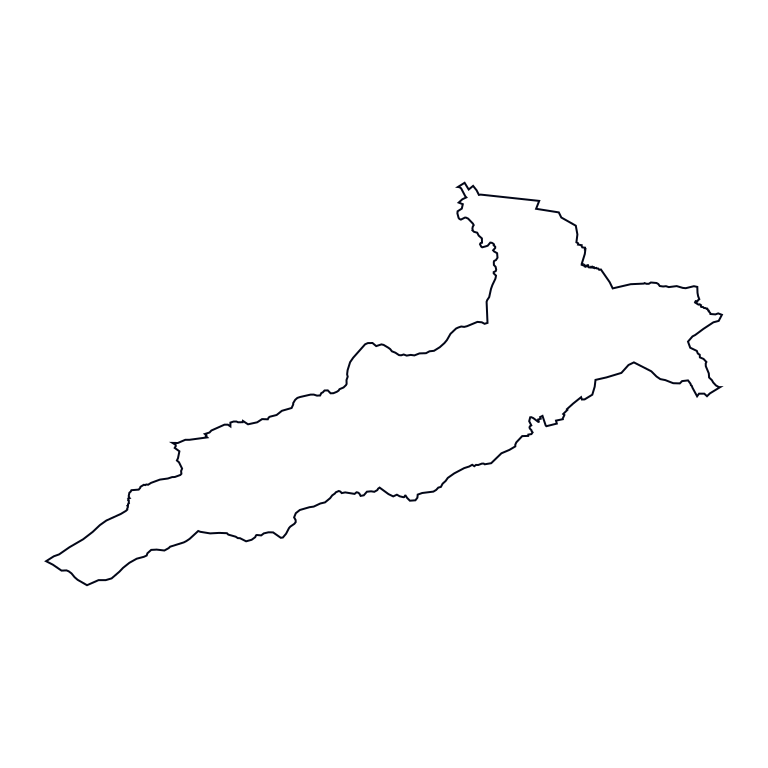 Rieni, Bihor, Romania (orthographic projection)
{"feature_id": "2599482B82314750202462", "entity_name": "Rieni", "entity_type": "district", "adm_level": 2, "iso_a3": "ROU", "parent_name": "Romania", "parent_adm1": "Bihor", "projection": "orthographic", "projection_center": [22.405, 46.554], "detail": "fine", "context": "isolated", "style": "outline", "palette": "ink", "viewbox_px": 768, "rotation_deg": 0, "n_neighbors": 0, "source": "geoboundaries", "source_scale": "gbopen_adm2", "svg_char_len": 6111}
<svg xmlns="http://www.w3.org/2000/svg" viewBox="0 0 768 768"><path d="M219.2,532.9L226.9,533.2L228.3,534.6L235.7,536.7L237.8,538.1L240.0,538.2L246.1,541.3L251.6,539.8L255.2,537.2L256.0,535.4L256.8,535.0L261.2,535.4L263.8,533.4L268.5,532.3L273.1,532.4L280.8,537.8L282.9,537.5L286.1,533.7L289.0,528.1L290.3,526.6L294.4,523.8L295.7,522.1L295.6,520.0L294.1,517.4L295.8,513.2L299.8,510.0L309.5,507.2L313.7,506.6L320.3,503.5L325.0,502.4L330.1,498.2L332.2,495.4L334.9,493.5L335.8,492.3L338.8,491.0L340.4,491.6L341.7,493.1L345.2,492.4L354.6,493.9L356.5,492.3L357.8,492.5L359.3,493.5L360.6,495.9L363.8,495.3L366.9,491.7L371.1,491.3L374.3,491.8L377.3,490.1L378.1,488.7L379.6,487.6L388.5,494.1L393.2,496.4L396.9,494.7L399.7,496.3L403.4,497.2L404.1,497.1L405.1,495.6L405.6,495.6L407.1,497.9L409.9,500.7L415.4,500.3L417.4,497.7L417.7,494.6L422.2,493.0L433.4,491.6L436.2,489.9L438.3,487.6L440.9,486.9L442.6,483.7L445.6,481.0L447.8,477.9L454.2,473.4L464.2,468.1L469.2,466.5L472.2,464.8L474.3,466.2L476.0,464.9L478.2,465.0L481.9,463.6L483.7,463.6L484.7,464.3L491.2,463.2L501.4,453.3L509.4,449.9L515.3,446.4L515.3,444.7L516.3,442.4L522.2,436.1L528.2,435.9L528.3,434.6L531.4,434.1L532.6,432.4L531.7,431.3L531.5,430.3L529.8,428.5L529.5,427.2L530.0,426.2L531.3,425.4L529.2,421.2L530.2,417.3L531.3,417.2L533.3,418.1L538.3,421.9L538.8,421.7L538.2,419.5L540.7,418.7L540.1,417.1L542.5,415.9L545.7,425.5L546.4,426.2L556.8,423.6L556.0,420.6L562.8,419.2L562.7,418.6L564.4,415.0L563.2,414.0L567.4,409.9L566.9,409.2L573.1,403.6L581.1,397.2L581.9,399.5L584.6,399.4L592.3,394.7L594.7,386.7L595.5,379.9L606.5,377.4L621.4,372.9L628.5,365.0L633.9,362.4L651.3,371.3L656.5,376.5L660.3,379.1L665.3,380.1L673.2,383.2L679.8,383.4L682.1,381.1L688.0,380.4L690.5,383.7L690.9,385.2L691.7,385.7L692.5,387.8L697.1,396.3L699.0,393.7L704.3,393.7L707.0,396.2L709.9,393.4L720.2,387.1L718.9,387.1L716.0,385.5L713.2,382.5L711.9,380.2L709.1,377.5L708.8,373.4L705.8,366.2L705.7,363.5L706.4,362.0L703.5,358.9L699.9,357.4L699.7,354.7L697.8,353.5L696.8,350.9L690.2,347.7L688.0,341.6L692.5,336.4L695.2,335.0L703.4,328.9L713.4,322.3L718.7,320.9L721.9,314.8L718.2,313.4L715.4,314.4L710.4,314.0L710.2,312.9L708.8,311.4L708.8,310.7L708.3,310.6L707.3,308.7L706.7,308.9L705.7,308.1L704.0,308.0L703.1,307.1L701.2,306.9L700.7,305.7L701.0,305.2L699.7,304.3L698.4,304.6L696.5,303.4L696.4,302.7L695.4,302.8L695.0,302.3L695.7,301.1L697.4,301.4L697.6,300.6L699.3,299.2L698.1,296.1L697.5,292.8L697.3,286.9L693.9,286.2L685.7,288.2L682.8,287.9L676.7,286.1L668.8,287.1L666.0,286.2L663.1,286.5L659.7,286.0L658.3,284.0L656.5,283.0L650.9,282.5L648.8,283.8L646.5,283.8L644.5,283.1L643.9,283.6L630.7,284.2L612.7,288.4L609.7,282.2L600.9,269.5L599.2,269.8L598.3,268.6L596.9,268.5L596.4,267.9L594.7,268.2L593.9,267.1L593.5,267.1L593.4,267.8L592.3,267.5L592.6,266.8L592.2,266.6L591.2,267.4L590.8,267.0L590.3,267.5L588.8,267.3L588.1,265.2L587.5,265.2L587.4,265.8L586.9,265.8L586.9,266.4L585.7,266.3L585.4,266.7L584.9,266.5L585.2,265.6L584.4,265.0L584.2,265.7L582.0,264.9L582.2,264.4L581.7,264.5L581.7,264.0L584.8,254.0L585.4,249.2L584.9,249.3L585.0,247.7L582.3,247.4L581.6,246.1L581.7,245.2L578.1,244.6L578.3,244.1L578.0,243.2L576.4,242.3L577.4,234.5L575.8,225.7L561.3,217.5L558.8,212.4L536.1,208.8L539.2,200.9L480.7,194.6L478.9,194.9L476.6,190.3L473.1,185.9L468.7,189.5L464.6,182.8L457.9,187.0L459.4,187.2L461.1,188.3L465.3,196.3L466.3,197.4L462.3,199.3L458.7,202.6L462.8,204.2L461.8,208.6L457.6,211.3L457.4,213.4L458.6,217.9L459.5,219.0L460.9,219.6L464.9,217.6L465.9,217.6L468.1,218.6L472.9,223.6L473.7,225.1L472.8,226.6L472.4,228.5L472.7,229.9L472.4,230.3L474.0,231.8L477.2,232.7L478.7,235.6L481.9,238.4L482.0,242.7L480.6,243.1L480.0,244.2L481.2,246.6L482.2,247.3L485.6,246.4L487.7,245.7L490.3,242.6L491.8,242.8L493.6,243.9L494.0,244.6L493.7,245.3L495.2,246.7L495.2,248.0L493.1,250.3L494.0,251.4L497.1,253.2L497.5,257.7L495.9,260.1L494.2,260.9L493.8,262.0L493.9,265.0L495.6,266.8L496.2,269.7L495.7,271.1L493.7,272.1L493.7,273.4L496.0,275.6L495.8,276.9L495.4,278.7L492.4,285.0L491.0,288.9L489.2,297.1L487.2,300.1L486.6,301.8L487.5,322.9L484.6,323.8L481.8,322.3L477.4,321.9L467.0,326.2L464.2,326.9L461.2,326.5L458.3,327.5L456.1,328.5L450.5,333.8L446.9,340.1L444.4,343.1L439.8,347.2L434.0,350.8L429.5,351.3L426.0,353.2L419.5,353.4L414.4,355.4L410.7,354.9L406.7,355.6L403.7,354.5L401.1,355.3L399.0,355.1L395.4,352.7L391.9,351.3L390.2,349.1L388.3,347.7L383.6,344.9L381.4,344.4L376.2,346.1L372.5,343.0L367.8,343.1L365.1,344.3L353.2,357.7L350.1,362.2L347.6,370.2L347.1,374.3L347.7,376.7L346.5,380.0L346.6,383.9L346.0,385.1L343.5,387.5L339.5,389.2L338.6,390.6L336.8,391.8L333.4,393.2L330.6,393.3L327.8,390.4L324.5,390.5L322.9,392.3L321.3,393.1L320.1,395.5L316.9,395.6L313.8,394.6L310.6,394.6L300.1,397.0L297.4,397.9L295.2,399.8L293.2,403.1L293.2,404.5L291.6,408.0L281.9,410.8L276.6,415.0L269.9,416.7L268.7,417.5L267.8,419.3L262.1,419.1L257.2,422.3L248.0,424.3L242.9,420.9L242.6,422.2L238.1,422.3L236.4,421.5L233.7,421.5L230.4,422.6L230.4,426.4L227.9,424.7L224.4,424.7L211.4,430.5L209.5,432.5L204.9,434.0L206.4,435.2L205.8,436.0L207.2,437.4L189.4,439.8L185.3,439.8L177.8,443.0L172.5,442.9L175.6,444.8L175.8,446.0L174.7,447.9L179.4,451.3L178.0,458.2L176.9,460.5L179.0,462.3L182.1,468.6L181.1,471.0L181.4,473.8L180.3,475.0L174.8,477.0L172.1,477.1L167.9,478.5L159.9,479.6L151.0,482.9L148.2,484.7L146.2,484.5L145.3,485.1L143.8,484.8L140.5,486.8L140.1,488.0L138.7,489.6L131.4,490.2L130.7,491.6L129.4,492.7L128.7,496.1L129.3,497.5L128.6,498.1L129.3,498.4L128.6,498.8L128.1,500.1L128.9,500.9L128.7,502.2L129.0,503.1L128.0,504.2L128.0,505.6L127.4,505.8L127.9,507.0L127.1,509.0L127.3,509.6L125.9,510.9L120.9,513.9L106.4,520.5L99.9,525.1L92.7,531.9L83.1,539.3L69.5,547.2L59.1,554.4L53.8,556.3L46.1,561.2L52.9,564.7L61.5,570.6L66.5,570.4L68.7,571.3L71.5,573.4L74.6,577.2L77.6,579.8L87.0,585.2L98.6,580.1L105.8,580.1L111.6,578.4L119.4,571.7L123.1,567.8L129.4,562.8L136.7,558.7L143.9,556.8L146.7,555.5L147.4,553.3L151.2,549.9L156.7,549.6L164.4,550.5L168.7,548.1L170.1,546.7L183.8,542.4L186.3,541.1L189.6,538.9L198.2,531.0L200.3,531.8L210.1,533.4L219.2,532.9Z" fill="none" stroke="#020617" stroke-width="2"/></svg>